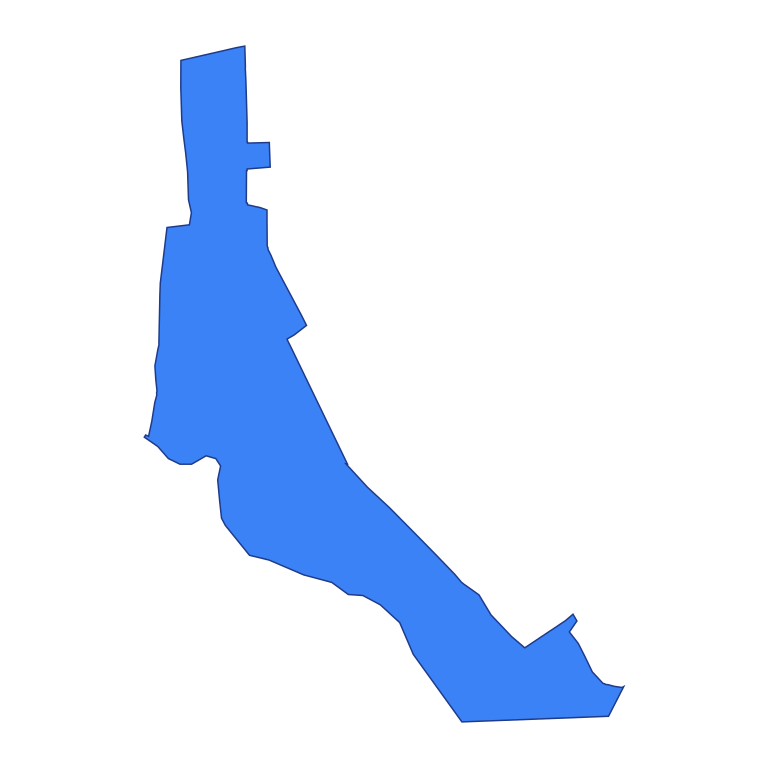 Kaka, Ahal, Turkmenistan (Robinson projection)
{"feature_id": "10190150B850620817547", "entity_name": "Kaka", "entity_type": "district", "adm_level": 2, "iso_a3": "TKM", "parent_name": "Turkmenistan", "parent_adm1": "Ahal", "projection": "robinson", "projection_center": [59.791, 37.761], "detail": "fine", "context": "isolated", "style": "filled", "palette": "blue", "viewbox_px": 768, "rotation_deg": 0, "n_neighbors": 0, "source": "geoboundaries", "source_scale": "gbopen_adm2", "svg_char_len": 1480}
<svg xmlns="http://www.w3.org/2000/svg" viewBox="0 0 768 768"><path d="M180.9,60.4L180.8,88.0L181.8,120.8L183.7,137.5L185.7,153.3L187.6,171.8L188.5,199.7L191.4,212.7L189.4,224.8L167.0,227.5L160.3,283.1L159.9,293.9L158.9,342.6L159.0,344.7L157.9,349.3L154.9,365.9L155.8,379.7L157.0,390.9L156.6,392.8L156.8,395.0L154.8,402.5L151.8,421.3L148.6,436.3L145.6,435.0L144.3,437.2L157.8,446.5L168.4,458.6L180.0,464.2L191.6,464.2L206.1,455.8L215.8,458.6L220.6,466.0L217.7,479.9L219.6,500.4L221.5,518.1L225.4,525.5L249.5,555.3L268.9,560.0L303.7,574.9L331.8,582.4L348.3,594.5L362.8,595.5L380.3,604.8L399.7,622.6L413.3,654.4L461.9,721.9L607.9,716.3L608.5,716.3L623.7,686.6L622.9,687.0L622.1,687.5L614.1,686.3L608.1,684.7L605.4,684.4L604.8,683.8L602.9,683.3L592.3,671.9L584.8,656.3L578.3,643.5L577.6,642.6L569.3,631.9L569.8,631.3L576.9,621.0L573.0,614.2L565.4,620.7L524.8,647.8L524.7,647.8L511.5,636.5L491.0,614.9L479.0,594.9L463.5,583.9L462.9,583.3L461.6,582.4L454.9,574.5L436.9,555.8L414.6,533.1L389.2,507.4L367.6,487.4L345.9,463.8L347.4,464.0L291.3,347.9L287.4,340.1L287.5,340.0L287.1,339.0L294.1,335.0L306.5,325.4L301.4,315.2L275.9,267.2L271.0,255.4L268.0,249.4L268.0,247.9L267.2,246.1L267.0,220.8L267.0,210.0L260.5,207.7L247.5,204.8L247.4,203.1L246.3,202.7L246.5,170.7L247.1,170.6L247.1,169.0L270.2,167.1L269.3,142.5L247.8,143.1L247.7,142.4L247.1,142.4L247.1,122.4L245.9,81.1L245.3,68.4L245.4,66.5L244.8,46.1L236.7,47.6L180.9,60.4Z" fill="#3b82f6" stroke="#1e3a8a" stroke-width="1.5"/></svg>